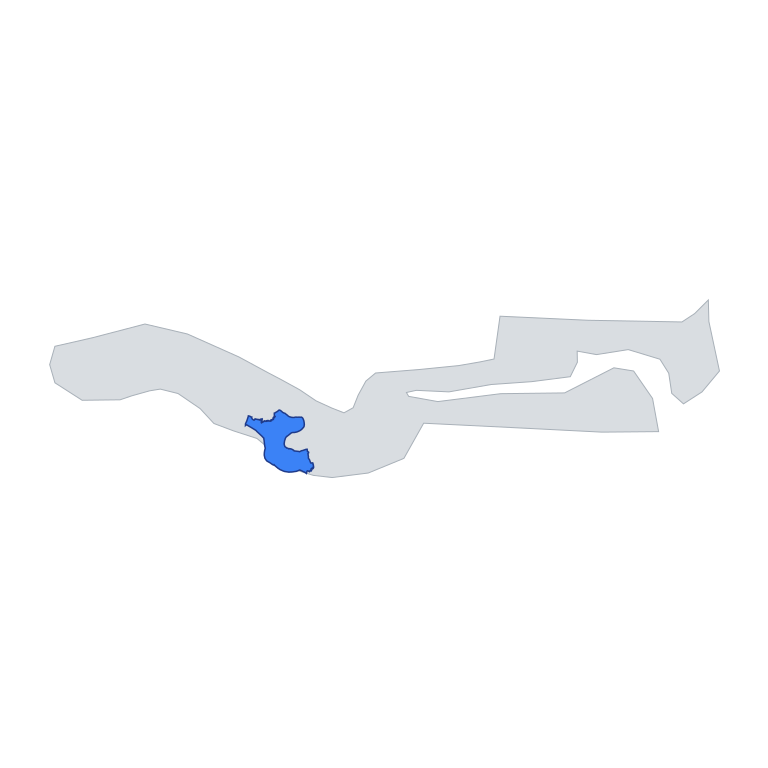 Niani, Central River, Gambia shown in context, rotated 182°
{"feature_id": "56634734B41420439456091", "entity_name": "Niani", "entity_type": "district", "adm_level": 2, "iso_a3": "GMB", "parent_name": "Gambia", "parent_adm1": "Central River", "projection": "robinson", "projection_center": [-14.889, 13.677], "detail": "fine", "context": "in_parent", "style": "filled", "palette": "blue", "viewbox_px": 768, "rotation_deg": 182, "n_neighbors": 0, "source": "geoboundaries", "source_scale": "gbopen_adm2", "svg_char_len": 6500}
<svg xmlns="http://www.w3.org/2000/svg" viewBox="0 0 768 768"><g transform="rotate(182 384 384)"><path d="M107.9,346.0L164.6,343.5L233.1,344.6L307.8,345.7L343.0,346.2L361.5,310.4L396.6,294.5L432.6,288.7L451.3,290.2L471.1,295.5L509.0,325.1L532.7,331.9L552.6,338.6L566.9,353.0L589.5,367.3L607.4,371.1L618.0,369.0L635.6,363.4L647.2,359.0L685.1,357.2L712.9,373.7L718.8,391.7L714.2,410.2L676.8,420.1L625.0,435.6L582.2,427.1L530.0,406.0L499.6,390.9L486.9,384.8L467.9,375.2L451.3,364.8L435.2,358.1L423.0,353.8L414.0,359.2L409.4,372.0L402.2,386.3L392.8,394.7L349.2,399.7L310.0,405.0L288.9,409.4L274.9,412.8L270.4,455.8L226.0,455.3L182.4,454.8L137.1,455.6L88.4,456.4L76.0,465.2L62.8,479.3L61.5,457.8L49.2,408.7L65.9,387.2L84.0,374.6L96.1,384.7L99.8,404.7L109.1,418.4L141.1,426.9L172.7,420.8L192.1,423.6L191.5,412.5L198.1,397.8L236.5,391.5L277.1,387.2L318.8,378.4L351.5,378.8L361.3,376.3L358.9,372.5L329.6,368.3L267.0,378.4L203.2,381.4L154.8,408.2L135.0,405.7L115.1,378.9L107.9,346.0Z" fill="#d9dde1" stroke="#a8b0b8" stroke-width="1"/><path d="M521.0,337.7L520.9,337.8L520.4,338.1L520.0,338.4L519.8,338.4L519.1,338.0L516.7,336.7L515.2,335.9L512.9,334.6L510.3,333.1L509.6,332.3L504.3,327.7L503.4,326.8L502.6,326.0L502.2,325.7L502.2,324.9L501.9,323.7L501.7,322.2L501.4,320.1L501.3,319.5L501.2,318.8L500.7,316.6L500.4,315.8L501.0,313.1L501.2,311.0L501.2,308.7L500.4,305.6L499.1,303.8L498.3,302.9L495.2,301.3L493.1,299.9L492.0,299.3L490.6,298.9L490.6,299.0L490.5,298.9L489.6,298.1L489.0,297.7L488.2,297.0L487.8,296.8L486.9,296.0L486.6,295.9L484.9,294.8L482.8,294.0L481.9,293.6L481.5,293.5L480.3,293.1L478.4,292.9L476.1,292.6L475.0,292.7L473.9,292.8L473.4,292.8L471.5,293.1L471.2,293.2L469.5,293.5L469.1,293.5L467.6,294.0L466.8,294.4L466.1,294.7L465.7,295.0L465.3,295.1L464.8,294.9L464.4,294.9L463.6,294.5L462.7,294.1L461.4,293.5L461.0,293.4L459.4,292.6L458.4,291.9L458.2,292.9L458.0,293.9L458.0,294.1L457.8,294.2L457.5,294.5L457.2,294.6L456.7,294.4L456.2,294.2L455.9,294.0L455.5,293.7L455.3,293.8L455.1,294.2L455.0,294.6L454.9,294.6L454.6,294.7L454.4,294.9L454.2,295.0L454.0,294.8L453.9,294.6L453.6,294.6L453.5,294.8L453.5,295.0L453.8,295.3L454.0,296.0L453.9,296.1L453.9,296.5L453.5,296.6L453.2,296.8L453.5,296.9L453.5,297.0L453.4,297.1L453.1,296.9L453.1,297.1L452.8,297.0L452.6,297.3L452.5,297.0L452.4,297.2L451.9,297.1L451.6,297.7L451.4,298.3L451.4,298.6L451.4,298.8L451.5,298.9L451.6,299.0L451.7,299.3L451.7,299.5L451.7,299.9L451.7,300.1L451.7,300.3L451.8,300.4L451.8,300.6L451.8,300.8L451.9,301.0L452.1,301.2L452.2,301.4L452.2,302.3L452.4,302.6L453.0,302.7L454.1,302.4L454.5,302.6L455.4,304.6L456.0,306.1L456.7,306.7L456.9,307.1L457.0,307.6L457.0,309.1L457.2,309.6L457.4,311.1L457.6,311.5L457.6,311.9L456.9,312.6L457.0,313.3L458.2,314.0L458.3,314.9L458.5,315.7L458.5,315.8L458.5,316.1L458.9,316.1L459.2,316.0L460.0,315.9L460.3,315.7L461.1,315.4L462.0,315.1L462.8,314.7L463.6,314.6L465.0,314.0L465.4,313.7L466.0,313.4L466.3,313.4L466.6,313.6L471.5,314.0L472.0,314.7L472.2,314.8L472.4,314.9L472.6,314.9L473.3,315.4L474.7,315.9L475.2,315.9L475.4,316.0L475.6,316.0L476.0,316.1L476.4,316.1L476.6,315.9L476.8,315.9L476.9,316.0L477.0,316.0L477.3,316.0L477.5,316.2L477.6,316.3L478.3,316.6L478.6,316.6L478.9,316.6L479.0,316.6L479.1,316.8L479.3,316.9L479.5,317.0L479.9,317.4L480.0,317.4L480.3,317.6L480.5,317.7L480.7,317.8L480.9,318.0L481.0,318.2L481.0,318.4L481.3,319.2L481.4,319.5L481.5,319.7L481.6,320.1L481.7,321.3L481.6,321.5L481.6,321.8L481.5,322.5L481.4,323.7L481.3,324.0L481.2,324.3L481.1,324.8L480.9,325.2L480.8,325.8L480.8,326.0L480.5,326.6L480.3,326.9L480.2,327.3L479.9,327.6L479.5,328.0L479.4,328.3L479.1,328.3L478.9,328.5L477.2,329.9L476.8,330.3L476.6,330.4L476.4,330.7L476.0,330.9L475.6,331.3L474.9,331.9L474.7,332.0L474.4,332.1L473.9,332.3L473.4,332.3L472.6,332.4L472.0,332.4L471.4,332.5L470.7,332.7L469.5,333.0L469.2,333.1L468.5,333.4L467.7,333.8L466.5,334.4L465.7,335.0L465.0,335.5L464.4,336.1L464.0,336.6L463.4,337.3L463.2,337.6L463.0,337.8L462.7,338.2L462.6,338.4L462.4,338.9L462.4,339.3L462.3,339.8L462.3,340.3L462.2,340.7L462.3,341.4L462.4,342.3L462.5,342.8L462.6,343.5L462.7,343.8L462.8,344.0L462.8,344.4L462.9,344.6L463.0,344.9L463.2,345.3L463.3,345.7L463.5,346.0L463.7,346.4L463.8,346.7L464.0,347.0L464.4,347.4L464.7,347.6L464.9,347.8L465.3,348.0L466.4,347.9L466.9,347.9L467.2,347.9L468.3,347.9L468.8,347.8L469.5,347.8L471.6,347.8L471.9,347.7L472.6,347.4L474.9,347.4L475.0,347.5L475.7,347.5L476.5,347.8L476.8,347.8L477.6,348.1L477.9,348.2L478.4,348.5L478.7,348.7L478.8,348.8L479.5,349.5L479.8,349.6L480.3,350.0L481.5,350.9L482.0,351.3L483.0,351.5L483.3,351.7L484.1,352.0L484.6,352.4L485.3,353.0L486.2,353.7L486.7,354.0L487.4,354.3L487.9,354.3L488.4,354.0L488.6,353.7L488.8,353.6L489.5,352.9L491.1,351.9L491.4,351.7L491.9,351.3L492.2,351.2L492.6,351.1L492.6,350.0L492.5,348.8L492.5,348.3L492.2,348.1L491.7,347.9L491.6,347.7L491.8,347.4L492.0,347.3L492.5,347.4L492.7,347.2L492.4,346.8L492.4,346.6L492.8,346.6L493.0,346.4L493.4,346.8L493.5,346.7L493.5,346.2L493.3,346.1L493.2,345.9L493.3,345.7L493.6,345.6L493.6,345.4L493.3,345.1L493.3,344.8L493.6,344.8L493.7,344.6L494.0,344.4L494.2,344.5L494.3,344.7L494.6,344.4L494.8,344.4L495.0,344.4L495.5,344.2L495.3,343.8L495.1,343.6L495.2,343.3L495.3,343.3L495.5,343.4L496.0,343.4L496.1,343.7L496.3,343.6L496.4,343.2L496.4,342.9L496.5,342.9L496.7,343.0L496.8,343.1L497.1,343.1L497.5,342.9L497.8,343.1L498.0,343.2L498.5,343.5L498.7,343.4L499.0,343.4L499.0,343.1L499.0,342.9L499.3,342.9L499.7,343.0L499.7,342.8L499.9,342.6L500.0,342.6L500.1,343.1L500.3,343.2L500.5,343.1L500.7,342.9L500.9,342.9L501.4,342.5L501.7,342.5L502.0,342.9L502.1,343.0L502.4,343.0L502.8,342.5L503.1,342.2L503.4,342.2L503.6,342.1L503.7,341.8L503.8,341.6L504.2,341.5L504.4,341.5L504.6,341.3L504.8,341.3L505.0,340.9L505.3,341.1L505.3,341.3L505.0,341.7L505.0,341.9L505.0,342.2L505.3,342.2L505.4,342.7L505.2,342.7L505.0,343.1L504.6,343.4L504.6,343.6L504.8,343.8L504.9,344.0L504.5,344.4L504.4,344.6L504.4,344.8L504.6,345.0L504.8,344.9L505.2,344.6L505.6,344.6L505.8,344.2L506.0,344.0L506.3,343.9L506.5,343.8L506.7,344.2L506.9,344.0L507.2,343.7L507.5,343.7L508.0,344.1L508.3,344.1L508.5,344.2L509.0,344.2L509.3,344.1L509.9,344.4L510.2,344.4L510.7,344.3L511.1,344.4L511.4,344.6L511.6,344.7L512.0,344.0L512.3,343.6L512.5,343.4L513.0,343.4L514.3,344.3L514.5,344.5L514.7,344.8L514.9,345.2L515.0,345.8L515.0,346.4L515.5,346.4L515.9,346.5L516.4,346.7L516.8,347.1L518.4,347.4L518.4,347.2L519.8,342.4L521.1,339.2L521.0,338.5L521.0,337.7Z" fill="#3b82f6" stroke="#1e3a8a" stroke-width="1.5"/></g></svg>